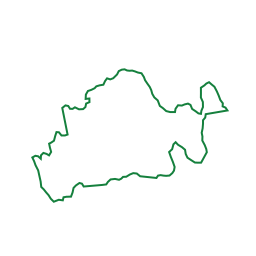 the district of Aratuípe, Bahia, Brazil, rotated 163°
{"feature_id": "56859067B37330443565805", "entity_name": "Aratuípe", "entity_type": "district", "adm_level": 2, "iso_a3": "BRA", "parent_name": "Brazil", "parent_adm1": "Bahia", "projection": "equal_earth", "projection_center": [-39.08, -13.09], "detail": "fine", "context": "isolated", "style": "outline", "palette": "green", "viewbox_px": 256, "rotation_deg": 163, "n_neighbors": 0, "source": "geoboundaries", "source_scale": "gbopen_adm2", "svg_char_len": 2016}
<svg xmlns="http://www.w3.org/2000/svg" viewBox="0 0 256 256"><g transform="rotate(163 128 128)"><path d="M149.3,81.5L147.0,82.7L143.9,81.9L139.7,83.0L136.2,83.3L132.9,81.9L130.5,78.3L115.4,71.9L113.2,73.7L110.6,73.4L108.0,72.1L105.5,71.1L102.2,70.4L98.8,71.9L96.5,73.8L94.8,77.1L95.0,82.5L95.5,87.9L95.7,93.0L92.0,94.8L89.3,99.1L86.6,100.5L85.1,97.4L82.0,93.9L79.8,90.5L80.4,86.3L79.8,82.2L76.9,78.7L74.1,75.4L71.3,74.4L68.2,73.5L59.7,81.8L59.3,85.0L59.6,89.1L60.6,94.3L59.3,98.1L58.9,101.9L56.7,105.9L55.0,110.2L54.0,113.5L51.1,115.4L49.6,118.5L27.8,115.7L28.8,119.0L31.2,121.0L30.1,123.9L31.5,127.7L31.8,132.5L32.3,136.9L33.3,142.2L35.5,145.5L37.1,148.1L40.1,147.6L42.5,146.4L46.5,145.2L48.0,140.2L49.4,135.8L48.8,131.0L50.2,126.1L52.8,123.0L54.1,120.2L56.4,121.4L58.4,124.2L61.1,127.5L61.5,131.8L63.5,133.8L67.1,134.0L69.9,133.7L73.5,135.1L76.9,132.5L78.4,129.5L83.0,130.9L86.5,133.0L88.8,136.8L91.1,139.8L91.5,145.7L93.9,149.6L94.8,153.6L94.7,157.4L95.2,160.9L96.5,164.8L97.7,168.7L97.9,172.1L99.1,176.4L102.4,178.2L104.8,180.1L107.2,181.7L109.8,182.3L112.1,183.3L114.1,185.1L116.9,185.6L120.2,185.1L122.8,182.4L127.6,179.9L130.8,179.7L133.5,181.6L136.2,179.6L138.9,176.6L142.7,177.1L146.1,177.1L148.3,175.8L151.9,175.2L155.5,175.1L158.5,172.3L160.0,168.2L156.3,167.5L157.3,164.0L160.9,163.6L162.6,160.5L165.4,159.2L169.4,160.2L172.7,163.3L175.4,162.5L177.8,163.3L178.7,166.5L181.2,167.9L185.0,166.4L187.7,139.4L190.5,139.3L193.8,140.3L195.3,144.1L197.6,145.0L199.9,141.7L202.5,137.5L205.7,136.5L208.0,136.1L208.4,132.1L208.5,127.6L211.5,124.9L213.4,127.0L216.2,128.9L219.2,127.3L220.4,124.1L222.2,127.2L224.7,128.5L228.1,127.8L227.5,123.7L227.3,119.4L226.3,113.7L226.6,110.0L227.2,102.3L228.2,97.0L226.5,93.9L225.1,90.3L223.6,87.0L222.5,82.9L220.5,79.2L215.2,79.6L211.5,77.9L209.9,80.6L206.7,80.2L202.6,79.0L199.9,82.5L197.6,86.6L194.6,88.3L190.5,89.6L188.3,88.2L187.5,85.0L169.4,81.1L165.3,80.4L163.0,82.3L159.7,83.9L155.3,83.1L151.7,81.1L149.3,81.5Z" fill="none" stroke="#15803d" stroke-width="2"/></g></svg>